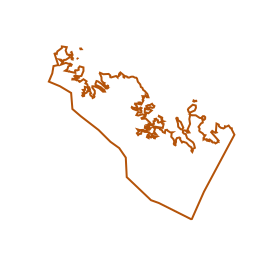 Kota Bontang, Kalimantan Timur, Indonesia (Equal Earth projection), rotated 296°
{"feature_id": "22746128B2679722836886", "entity_name": "Kota Bontang", "entity_type": "district", "adm_level": 2, "iso_a3": "IDN", "parent_name": "Indonesia", "parent_adm1": "Kalimantan Timur", "projection": "equal_earth", "projection_center": [117.495, 0.112], "detail": "fine", "context": "isolated", "style": "outline", "palette": "amber", "viewbox_px": 256, "rotation_deg": 296, "n_neighbors": 0, "source": "geoboundaries", "source_scale": "gbopen_adm2", "svg_char_len": 5972}
<svg xmlns="http://www.w3.org/2000/svg" viewBox="0 0 256 256"><g transform="rotate(296 128 128)"><path d="M168.6,226.6L172.6,221.3L173.4,222.2L172.9,220.1L174.3,217.4L172.4,215.9L172.0,214.4L170.9,214.9L169.5,214.1L168.9,211.2L169.5,208.9L170.8,208.1L170.8,205.6L163.3,208.6L162.9,209.6L161.9,208.5L162.3,205.0L160.7,204.6L156.5,214.6L156.1,214.2L155.5,214.8L155.5,213.8L155.1,215.2L152.5,213.4L152.9,212.0L152.1,210.5L152.4,209.2L152.9,209.2L153.5,206.4L153.1,206.0L151.8,206.7L151.3,204.7L152.2,204.5L152.5,203.7L151.6,203.0L151.7,202.0L151.0,201.3L151.5,201.0L151.0,200.8L152.2,200.2L155.4,200.7L155.0,199.1L155.9,197.5L156.3,193.9L157.0,193.1L158.8,192.7L159.9,190.9L164.0,191.6L165.7,192.8L168.2,191.3L169.1,189.6L168.5,187.9L169.1,183.4L166.8,178.2L162.9,179.2L158.9,182.0L152.7,182.2L150.9,185.1L149.9,183.5L150.9,181.2L150.6,179.8L149.7,178.6L148.0,179.3L147.5,180.8L147.8,182.6L144.8,185.6L143.6,192.6L142.5,194.3L139.5,196.8L137.4,195.3L136.2,196.2L134.6,196.3L135.3,194.9L136.5,194.9L138.4,193.5L138.7,190.8L140.3,187.0L139.8,183.4L138.7,182.9L140.6,179.8L141.8,179.4L142.0,178.4L140.4,176.4L138.3,176.3L136.5,177.3L133.8,177.6L133.2,179.0L133.3,176.8L133.8,176.1L136.0,175.6L137.8,173.9L139.1,170.7L142.8,169.4L143.6,169.9L142.6,168.0L142.9,165.1L143.5,163.9L142.5,162.5L139.7,163.3L139.6,161.1L140.9,159.4L140.8,157.2L141.6,156.4L142.2,157.8L140.2,151.7L139.6,151.0L139.3,152.6L136.0,153.1L134.7,156.0L134.0,153.0L132.6,151.6L131.7,153.5L132.8,157.5L131.7,156.5L130.5,156.7L130.3,155.8L131.5,154.7L130.7,154.0L130.8,152.8L129.7,153.0L129.5,152.5L130.2,150.6L129.8,150.1L128.0,150.9L128.1,149.0L130.5,148.7L132.8,150.0L133.3,149.2L133.1,147.7L131.8,144.6L131.8,143.0L130.8,141.6L128.6,142.3L127.4,140.7L126.1,140.2L127.2,138.3L129.7,139.4L130.9,137.1L131.3,139.5L132.9,142.4L132.9,145.0L134.7,146.2L135.8,148.0L137.7,148.4L135.5,145.1L135.4,143.1L137.1,142.6L137.7,145.6L138.6,146.5L139.4,146.1L139.4,144.5L140.1,145.6L140.6,145.1L140.9,151.1L143.3,159.2L147.1,158.3L146.9,157.1L147.7,155.8L149.6,157.3L149.4,156.4L150.7,154.8L152.3,154.2L152.4,150.5L151.9,150.6L151.9,153.3L148.5,155.7L146.1,152.9L146.4,152.2L148.0,151.6L147.8,150.8L148.7,149.3L147.7,148.0L146.2,149.1L145.2,148.0L143.1,149.5L141.2,147.3L142.4,145.7L144.3,139.7L142.3,136.5L142.8,135.8L146.2,138.5L149.7,137.9L150.2,139.9L154.1,141.6L154.3,137.9L155.1,137.6L156.5,138.9L156.7,141.0L157.8,142.2L159.3,142.1L159.5,140.3L160.3,139.0L158.2,137.6L157.4,136.1L155.7,134.8L155.0,135.8L155.1,137.3L153.4,137.8L152.8,135.4L153.7,134.4L149.5,136.1L149.0,136.7L149.6,137.5L146.4,138.2L145.9,137.7L146.8,136.9L146.7,135.0L143.7,131.8L143.3,129.9L146.8,130.1L147.3,132.4L148.2,133.1L149.4,132.5L149.6,131.1L151.8,131.5L151.9,130.4L150.7,129.9L149.2,127.8L148.5,128.9L147.7,128.0L147.3,124.2L147.9,122.4L148.6,122.3L148.5,124.5L150.6,127.2L151.6,126.3L152.6,123.7L153.1,123.7L153.3,125.8L153.6,124.5L154.7,128.8L155.4,128.2L154.6,126.8L155.5,126.3L156.3,127.6L155.6,129.6L159.4,129.8L159.7,128.8L160.7,129.0L161.6,128.2L161.7,129.0L162.3,129.0L163.1,127.4L164.2,129.9L164.9,129.6L163.9,131.5L164.6,132.9L167.1,130.4L168.6,126.8L168.9,124.9L170.4,123.3L170.5,121.6L172.5,119.9L173.9,116.6L176.4,114.4L176.8,113.4L176.3,112.1L176.4,110.1L175.5,108.4L173.7,106.8L173.3,105.3L173.7,105.0L173.6,103.3L171.7,101.8L172.3,100.8L172.1,101.8L172.8,101.3L173.4,101.7L174.6,96.8L173.4,96.4L172.4,97.4L172.0,96.5L170.7,97.0L169.8,96.2L168.9,96.5L169.5,94.5L165.8,90.4L165.5,90.6L166.1,89.6L167.5,89.0L168.1,86.9L165.5,82.2L165.4,78.6L164.8,78.7L165.0,79.7L164.2,79.3L162.0,81.9L159.0,83.5L158.0,85.8L158.1,87.2L157.1,86.9L155.5,90.2L157.2,91.1L157.2,91.6L155.4,92.6L154.4,92.0L153.8,90.5L154.4,90.3L155.2,91.1L154.7,89.0L156.1,84.6L156.7,80.5L156.4,79.1L153.3,79.4L152.6,80.1L152.7,85.7L151.5,90.1L150.6,91.3L149.7,89.6L151.1,84.6L150.7,79.6L149.9,77.7L148.6,78.2L146.9,81.8L144.2,83.2L142.9,82.4L141.8,84.0L140.8,84.1L139.5,83.1L140.6,82.1L140.8,80.1L141.9,79.0L143.0,79.6L144.0,78.3L144.4,76.5L143.7,76.4L143.3,75.3L141.8,75.4L139.4,73.6L137.6,74.5L136.7,73.5L137.1,72.6L138.6,72.8L139.5,71.9L140.0,72.6L141.4,72.7L142.5,70.8L143.5,72.6L146.0,71.2L146.6,74.0L145.0,75.5L145.8,77.0L147.6,75.3L147.1,74.2L149.4,72.2L149.4,70.2L151.8,70.3L152.3,66.6L148.3,64.4L148.4,63.7L148.9,63.7L148.9,60.8L148.4,60.8L148.4,59.2L147.2,56.7L147.9,56.5L149.0,58.9L151.6,61.7L152.0,61.0L151.6,59.0L150.6,58.2L151.1,57.0L152.4,57.8L152.3,59.1L153.1,61.6L154.4,63.3L159.7,63.0L162.9,61.4L162.2,57.6L160.2,57.2L158.7,58.2L157.5,57.1L156.9,55.2L157.2,54.8L154.5,56.5L153.1,51.0L153.3,50.5L152.6,49.7L152.8,47.6L152.2,47.6L151.9,46.4L154.3,47.8L157.1,47.3L158.6,48.4L159.0,49.6L160.3,49.6L160.5,47.7L159.7,46.8L159.3,43.6L155.6,40.0L158.4,40.4L159.5,36.3L160.0,37.9L159.5,40.6L161.2,40.7L162.0,42.2L165.7,44.4L167.7,43.8L168.0,42.7L167.5,42.3L167.5,41.0L170.3,38.0L173.8,37.5L172.3,32.8L170.9,33.5L165.8,30.9L163.3,31.5L163.2,29.9L162.6,29.4L154.0,37.7L151.0,33.9L143.9,36.0L135.0,36.5L135.7,48.5L134.6,61.5L120.7,69.7L117.9,80.3L113.3,102.5L107.9,118.3L106.1,128.9L100.4,139.0L83.3,148.4L73.2,180.3L74.1,188.5L73.7,224.6L74.2,225.3L104.0,224.2L168.6,226.6ZM177.3,176.0L172.1,173.8L170.8,173.8L169.2,175.3L168.8,176.7L173.0,180.3L176.0,180.2L177.9,179.0L177.3,176.0ZM152.5,177.6L156.5,172.8L157.0,169.5L158.7,168.3L158.7,167.5L157.9,167.1L154.0,170.9L151.1,172.6L150.0,176.0L150.3,177.2L152.5,177.6ZM172.0,191.4L171.5,190.2L170.4,189.8L168.3,191.6L168.7,192.8L170.0,193.3L171.6,192.6L172.0,191.4ZM169.3,45.2L168.8,44.4L167.8,46.0L168.3,46.1L169.3,45.2ZM167.0,46.5L166.3,46.3L165.9,47.5L166.6,47.8L167.0,46.5ZM181.4,175.9L181.5,174.9L180.7,175.0L180.7,175.8L181.4,175.9ZM178.5,51.7L178.9,50.9L178.5,50.3L178.0,50.8L178.5,51.7ZM182.8,178.1L181.9,176.7L181.6,175.8L181.8,177.3L182.8,178.1ZM165.3,48.2L165.7,48.0L165.6,46.9L165.1,47.3L165.3,48.2ZM171.0,44.5L171.5,44.0L171.2,43.8L171.0,44.5ZM167.6,178.0L167.9,177.6L167.6,177.4L167.6,178.0ZM168.5,52.1L168.6,51.6L168.3,52.0L168.5,52.1Z" fill="none" stroke="#b45309" stroke-width="2"/></g></svg>